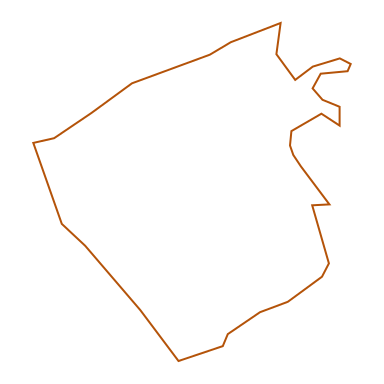 outline of Pulaski, Virginia, United States of America
{"feature_id": "52423323B50424671887039", "entity_name": "Pulaski", "entity_type": "district", "adm_level": 2, "iso_a3": "USA", "parent_name": "United States of America", "parent_adm1": "Virginia", "projection": "robinson", "projection_center": [-80.648, 37.062], "detail": "fine", "context": "isolated", "style": "outline", "palette": "amber", "viewbox_px": 384, "rotation_deg": 0, "n_neighbors": 0, "source": "geoboundaries", "source_scale": "gbopen_adm2", "svg_char_len": 552}
<svg xmlns="http://www.w3.org/2000/svg" viewBox="0 0 384 384"><path d="M339.6,125.6L339.6,106.8L322.5,99.8L312.6,88.4L320.7,73.7L347.6,71.2L350.7,64.0L339.8,58.4L312.8,66.6L295.2,79.9L276.4,54.2L280.6,23.0L230.8,42.2L209.8,54.7L132.0,83.3L91.4,113.0L54.1,138.2L33.3,142.9L46.9,181.5L61.8,223.9L85.2,245.8L140.3,310.1L178.5,361.0L222.8,346.1L227.8,334.1L260.0,312.2L287.8,301.8L322.0,276.7L328.9,263.4L312.2,205.3L329.4,204.4L300.9,166.4L293.3,155.0L290.0,145.5L291.4,131.1L321.4,113.7L339.6,125.6Z" fill="none" stroke="#b45309" stroke-width="2"/></svg>